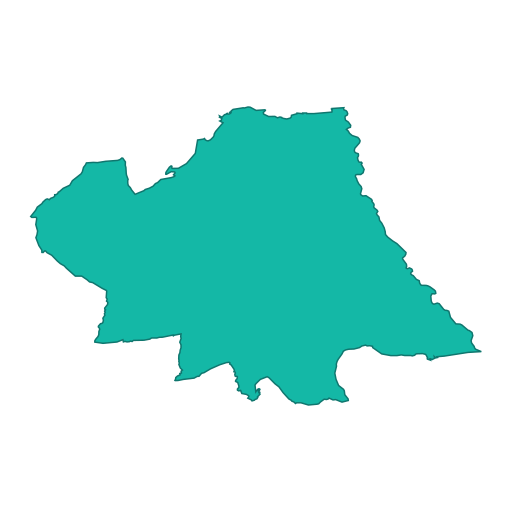 the district of Candesti, Arges, Romania
{"feature_id": "2599482B17245199742801", "entity_name": "Candesti", "entity_type": "district", "adm_level": 2, "iso_a3": "ROU", "parent_name": "Romania", "parent_adm1": "Arges", "projection": "robinson", "projection_center": [25.189, 45.06], "detail": "fine", "context": "isolated", "style": "filled", "palette": "teal", "viewbox_px": 512, "rotation_deg": 0, "n_neighbors": 0, "source": "geoboundaries", "source_scale": "gbopen_adm2", "svg_char_len": 6071}
<svg xmlns="http://www.w3.org/2000/svg" viewBox="0 0 512 512"><path d="M481.3,351.6L475.6,349.2L474.7,348.1L474.1,346.3L471.6,343.0L471.1,340.6L472.8,335.7L472.0,332.5L469.4,330.6L468.0,330.2L461.9,325.0L460.0,324.1L455.9,323.9L450.5,317.4L448.8,311.2L446.9,310.4L445.2,310.3L443.7,309.4L439.2,303.7L437.3,303.1L433.9,304.2L432.7,303.6L431.8,302.6L431.2,300.7L430.8,296.0L432.1,293.7L434.8,293.9L435.8,293.3L435.4,291.1L434.1,289.8L429.9,286.8L427.8,285.8L426.1,285.4L421.2,285.3L419.7,283.3L419.2,280.7L416.4,279.4L413.3,275.7L411.6,274.8L410.7,273.8L411.0,272.4L412.5,271.3L412.3,270.0L411.7,269.0L409.5,267.9L407.4,268.7L406.3,268.3L406.2,267.3L406.7,266.3L406.4,264.2L402.6,259.0L402.6,257.9L404.7,256.2L405.8,254.2L406.0,252.5L397.0,243.7L392.6,240.9L387.6,237.0L385.5,234.5L385.2,231.6L384.2,227.9L381.8,223.2L379.6,220.4L378.9,216.9L376.9,214.6L376.5,213.4L377.8,211.4L377.0,210.1L374.1,207.8L373.7,206.8L374.1,204.9L373.7,203.7L371.9,201.4L372.2,200.6L371.5,199.3L366.0,195.7L362.6,196.0L360.7,194.6L360.5,193.7L361.8,188.7L361.1,186.5L358.8,183.9L357.1,180.6L356.6,178.7L355.5,176.9L355.4,175.8L355.8,174.9L356.9,174.5L360.8,174.5L363.1,172.8L364.1,169.4L361.3,164.4L362.1,163.1L361.2,162.1L359.8,162.3L358.9,161.9L358.0,160.2L357.5,157.7L358.4,156.0L358.5,154.9L358.2,153.7L355.8,152.9L354.7,152.0L354.3,150.5L354.8,148.3L359.5,142.8L360.1,140.9L359.3,139.1L357.8,137.4L352.1,135.5L349.5,133.3L348.3,131.1L346.4,129.4L348.4,127.9L350.4,127.3L350.7,125.3L348.3,122.0L345.6,120.2L345.3,119.5L345.0,117.5L345.2,116.2L347.3,115.0L347.7,113.6L347.0,111.7L346.0,110.6L344.0,109.9L343.5,108.3L343.8,107.7L332.0,108.5L332.1,109.2L331.5,109.2L332.1,110.8L331.8,112.1L314.0,113.6L306.7,113.6L306.6,113.0L302.7,113.0L302.8,113.7L297.0,113.1L297.0,113.7L291.5,115.3L291.2,117.1L290.4,118.0L286.8,119.0L283.5,118.4L281.8,117.8L281.7,117.4L279.9,117.0L277.4,117.8L274.9,116.4L268.6,116.5L263.6,114.1L263.3,112.4L265.4,110.5L265.4,110.1L264.8,109.8L256.1,110.4L250.2,107.2L248.0,107.0L244.3,108.0L243.2,107.8L233.1,109.4L231.2,110.9L231.1,112.4L230.8,112.6L230.6,111.8L229.6,112.4L230.4,113.4L229.0,114.1L228.0,114.0L227.2,113.3L226.5,113.8L226.7,114.1L224.5,114.7L222.0,117.2L219.5,115.9L219.8,116.8L219.5,117.2L221.8,118.5L221.3,120.3L219.8,121.0L223.0,122.8L215.6,131.5L214.2,134.1L214.1,135.5L213.3,137.0L210.5,139.8L208.1,140.9L206.9,140.7L205.3,139.9L204.5,138.5L203.4,139.1L197.6,140.0L195.3,153.4L186.5,163.6L178.4,168.3L172.4,168.4L171.8,168.0L171.9,166.3L171.1,165.9L169.4,167.2L166.3,171.7L165.8,172.9L165.8,174.2L166.5,174.3L171.1,171.7L174.4,171.9L175.0,172.3L174.9,173.2L173.5,174.8L174.9,175.9L174.0,176.7L171.3,177.6L160.8,179.5L157.6,182.6L155.4,183.6L153.1,186.2L149.3,188.2L145.2,189.5L143.9,190.7L135.1,194.3L131.7,190.1L130.3,187.6L128.3,185.5L127.8,183.6L127.7,180.7L128.1,179.4L126.5,175.1L126.2,173.0L125.9,167.5L125.3,165.3L125.4,161.9L122.8,158.2L121.9,158.0L119.9,159.6L117.7,160.4L105.7,161.3L97.5,162.6L93.3,162.4L86.4,162.9L85.5,164.8L83.5,167.4L82.3,171.9L81.0,173.9L72.4,180.7L69.8,185.2L63.2,188.3L59.2,191.8L58.3,192.1L57.7,193.5L56.2,194.6L54.7,194.7L54.7,196.1L53.6,197.2L50.5,198.4L49.4,199.7L47.2,198.9L45.6,199.6L42.8,202.2L42.0,203.6L37.3,207.1L35.7,210.2L30.7,216.5L31.8,217.4L36.0,217.3L36.5,217.8L36.7,218.9L35.8,224.6L37.6,231.0L37.0,234.6L35.9,237.7L38.9,245.6L41.8,250.1L41.9,252.4L43.1,252.5L44.7,250.9L45.6,251.0L47.1,252.7L51.7,255.2L57.3,261.0L60.3,263.6L64.3,265.9L66.3,268.1L75.3,276.1L81.7,276.1L87.3,279.9L89.5,281.9L92.7,282.6L102.1,288.3L106.1,290.3L106.7,291.0L106.2,297.7L107.2,299.1L106.5,301.1L107.8,302.3L107.6,304.4L104.7,308.1L104.7,309.1L105.5,309.8L104.6,311.1L105.2,312.3L104.4,313.8L104.9,315.2L102.9,318.2L103.4,320.3L102.9,322.5L102.1,323.3L100.5,323.7L98.5,326.0L98.3,326.9L99.3,328.0L99.7,329.2L98.9,331.6L98.8,334.5L98.1,336.4L95.6,339.4L94.8,340.9L94.8,342.1L103.0,343.3L117.0,342.0L122.9,339.7L123.4,341.9L124.9,341.4L127.0,341.9L129.3,341.7L130.5,341.1L132.1,341.5L133.4,340.4L143.9,340.2L149.9,339.1L151.5,338.0L156.8,338.0L159.3,337.3L162.5,337.2L173.2,335.0L173.4,335.8L174.3,335.2L181.0,333.9L180.7,336.6L181.1,338.5L179.8,342.2L181.0,344.8L181.0,347.9L180.2,350.1L179.9,352.7L178.9,355.0L178.7,358.9L179.0,360.4L178.8,361.3L179.3,363.1L178.9,364.5L180.3,368.0L182.4,370.1L181.1,371.2L181.4,373.0L179.8,373.5L180.1,374.8L177.5,376.0L175.8,377.5L175.5,379.4L174.9,380.4L175.2,380.6L178.0,380.5L183.4,379.4L194.1,378.1L197.2,376.4L199.0,376.3L201.6,373.3L204.0,372.7L210.6,368.8L219.9,364.7L226.4,362.6L229.1,362.3L230.0,363.0L229.7,364.0L231.2,365.0L234.0,369.2L234.4,370.5L233.9,371.7L235.0,372.0L235.4,373.0L234.8,374.2L235.1,376.0L235.7,376.4L236.9,376.3L237.4,376.8L237.1,378.7L236.0,379.9L235.5,381.1L236.0,381.7L237.7,382.4L238.8,385.8L238.9,387.3L237.4,389.1L237.5,390.2L238.8,390.9L240.6,390.4L241.8,393.5L246.4,394.4L248.1,395.4L248.8,396.0L248.8,396.7L247.8,398.2L251.2,399.8L252.0,400.9L254.4,400.2L255.0,399.5L256.9,398.8L257.8,397.3L257.5,396.9L260.0,394.2L259.6,393.6L259.8,392.5L258.8,392.5L259.3,390.6L258.4,390.9L258.4,390.2L258.0,389.8L258.8,390.1L259.8,389.7L259.9,389.3L259.0,388.7L257.7,389.3L255.8,391.9L255.0,385.1L256.0,383.6L260.3,379.4L267.2,376.7L269.1,377.8L275.0,383.8L278.9,386.8L283.1,392.6L288.9,399.0L291.1,400.2L291.9,401.2L293.8,401.9L295.5,403.5L296.5,402.8L301.0,402.8L308.4,405.0L317.0,404.2L318.7,403.8L320.3,402.1L324.2,399.2L326.5,399.5L328.2,399.0L329.0,398.1L333.0,399.9L335.7,399.6L342.0,402.1L348.3,400.5L348.1,398.9L344.8,394.7L344.3,390.8L343.5,389.3L338.6,385.5L336.0,379.3L334.8,373.1L336.5,366.2L336.3,364.1L337.0,361.6L338.1,359.4L341.9,354.1L343.4,351.2L345.6,349.9L348.8,349.2L354.0,349.0L359.5,347.6L361.9,346.0L365.6,345.1L367.1,345.9L369.7,345.7L372.5,346.3L372.7,347.6L381.7,353.9L390.9,355.6L396.9,355.6L401.3,354.9L404.6,355.5L410.7,355.5L412.3,355.9L414.5,355.3L416.3,353.8L422.6,353.6L425.7,354.4L427.5,357.5L427.2,358.0L427.4,359.1L430.3,360.1L429.7,358.9L430.5,358.7L432.0,359.6L434.6,358.3L434.3,356.6L435.6,357.9L437.5,357.5L437.0,356.7L444.2,356.1L468.0,352.4L481.3,351.6Z" fill="#14b8a6" stroke="#0f766e" stroke-width="1.5"/></svg>